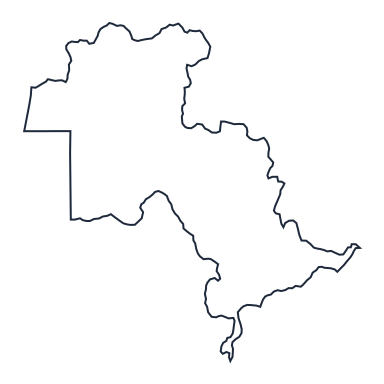 the district of Águia Branca, Espírito Santo, Brazil
{"feature_id": "56859067B39883742727506", "entity_name": "Águia Branca", "entity_type": "district", "adm_level": 2, "iso_a3": "BRA", "parent_name": "Brazil", "parent_adm1": "Espírito Santo", "projection": "robinson", "projection_center": [-40.718, -18.996], "detail": "fine", "context": "isolated", "style": "outline", "palette": "slate", "viewbox_px": 384, "rotation_deg": 0, "n_neighbors": 0, "source": "geoboundaries", "source_scale": "gbopen_adm2", "svg_char_len": 3809}
<svg xmlns="http://www.w3.org/2000/svg" viewBox="0 0 384 384"><path d="M161.6,29.0L159.5,33.1L155.4,35.5L151.9,38.4L146.4,39.1L143.3,39.7L140.5,40.3L137.9,41.0L135.0,40.3L132.3,39.1L131.2,35.5L129.5,31.5L125.7,28.1L123.6,25.9L120.5,25.3L117.0,25.9L112.5,23.8L109.3,23.0L106.7,25.5L104.0,26.7L100.5,29.0L98.6,32.3L97.6,36.0L95.9,39.1L93.8,42.9L89.3,43.8L86.8,40.7L83.7,40.7L80.0,40.0L77.9,42.1L74.6,41.9L71.7,41.5L68.4,43.1L66.2,45.9L66.3,49.3L68.8,53.4L70.5,57.2L71.3,60.8L68.9,64.5L69.2,70.2L67.7,74.6L67.4,78.9L65.7,82.1L62.1,80.3L59.0,80.4L55.2,80.9L51.3,80.0L47.9,79.2L45.9,81.7L42.9,83.3L38.7,85.9L35.7,87.7L31.4,87.3L30.8,95.7L29.1,105.8L24.2,131.2L38.4,131.2L70.4,131.1L70.1,153.6L70.8,219.6L74.8,219.6L80.0,218.3L82.9,220.2L86.6,221.0L89.9,221.0L94.0,219.0L99.0,218.5L102.8,216.5L107.3,215.8L110.9,214.2L115.0,217.4L120.0,221.0L123.3,223.3L126.7,224.3L130.1,224.9L134.8,224.8L138.3,221.6L141.7,218.3L143.1,212.2L140.2,207.7L141.3,204.3L143.8,202.6L145.8,199.3L149.3,197.2L152.6,194.5L155.1,191.9L158.4,191.0L161.6,192.4L164.2,193.9L166.9,196.0L168.7,200.8L171.3,204.3L172.4,209.1L174.9,213.4L178.1,216.6L180.3,220.7L183.2,224.0L183.5,228.4L186.7,231.2L190.4,234.0L193.2,235.7L193.4,240.3L195.2,243.5L196.3,249.1L197.9,253.5L200.0,256.4L203.6,259.2L208.1,258.7L210.8,259.1L215.0,261.9L218.1,264.2L217.2,267.6L216.6,271.0L219.0,274.7L220.2,278.7L218.0,280.7L214.7,278.0L210.0,279.4L207.4,282.7L206.1,285.7L206.0,289.0L204.9,293.8L206.0,299.0L205.1,303.2L207.1,306.8L208.1,312.2L211.6,316.8L216.2,317.3L218.7,316.1L221.6,315.6L224.7,316.8L228.6,318.4L233.4,317.9L234.6,320.9L234.0,324.8L233.3,330.4L232.7,333.5L230.4,337.2L227.3,337.9L226.3,340.9L223.1,342.9L221.3,346.8L220.7,351.5L222.8,353.8L226.4,352.0L229.4,353.2L229.0,357.1L230.3,361.0L232.5,356.9L232.8,352.8L233.0,348.8L231.9,345.4L232.5,342.1L235.6,339.2L239.3,336.8L241.5,333.2L241.7,329.2L240.6,324.4L238.5,318.1L237.8,312.2L241.2,308.2L243.5,306.3L247.2,304.9L251.1,305.1L256.4,305.6L260.3,306.8L261.6,303.1L263.0,299.6L265.1,296.6L267.6,295.3L270.8,294.6L273.8,291.6L277.5,290.2L281.3,291.0L285.2,290.1L288.6,288.1L292.3,288.2L295.6,285.9L300.8,286.7L303.1,284.7L306.9,280.4L310.7,277.2L312.7,272.6L316.3,270.2L318.6,267.1L321.6,266.8L324.7,267.8L327.8,268.0L330.9,268.3L334.7,269.4L337.3,271.8L340.2,268.8L343.9,265.1L347.5,260.6L350.4,257.3L352.5,254.0L354.0,250.7L355.8,248.1L359.8,247.9L355.7,244.2L351.7,244.2L350.8,247.3L348.0,247.4L345.9,250.7L343.3,254.4L339.4,254.7L335.2,252.8L331.1,250.9L327.3,251.4L323.9,250.0L320.5,249.1L316.9,248.5L313.8,247.6L310.4,244.0L306.2,240.7L301.5,240.5L299.7,236.0L298.8,232.8L298.0,229.2L296.4,223.1L293.3,220.5L289.2,220.7L285.2,223.0L283.4,227.2L281.4,223.8L280.3,218.3L279.6,214.3L275.7,213.3L273.9,210.7L275.1,206.2L277.2,201.4L279.0,197.2L280.2,194.3L280.6,190.2L283.0,186.5L284.4,183.4L281.7,181.7L278.2,181.5L277.2,176.8L272.4,176.8L268.5,178.4L267.4,175.3L268.5,172.1L270.2,168.2L272.5,165.9L273.2,162.4L268.3,156.7L268.5,152.2L269.2,148.6L268.3,145.0L266.6,141.1L263.8,137.8L260.9,138.9L257.3,140.3L253.2,139.9L249.8,138.2L246.9,135.3L247.4,131.6L246.7,127.8L243.6,124.2L239.1,123.9L234.3,124.2L229.0,122.7L224.9,121.6L221.1,121.5L220.4,126.5L219.9,131.3L216.5,132.7L211.9,132.5L208.2,129.9L205.2,128.7L202.1,124.5L197.1,123.8L194.7,126.1L191.2,128.2L187.5,128.0L184.9,126.7L182.4,123.4L182.1,119.9L181.8,116.6L183.0,113.7L182.1,110.2L182.3,106.2L185.1,103.3L184.2,98.8L184.7,94.9L184.8,91.3L184.5,87.8L188.9,86.6L190.8,83.2L190.1,79.7L188.2,76.6L187.5,72.9L186.5,68.4L187.1,64.8L191.7,66.2L195.3,64.5L198.9,61.0L202.4,59.2L207.5,58.1L209.0,53.2L210.3,46.7L208.2,42.9L205.8,39.7L204.1,36.9L202.5,33.5L199.7,30.6L196.2,31.2L192.8,31.0L189.6,30.2L187.2,32.7L184.5,31.6L182.3,27.5L178.4,23.6L173.1,25.5L169.7,24.7L165.8,27.7L161.6,29.0Z" fill="none" stroke="#1e293b" stroke-width="2"/></svg>